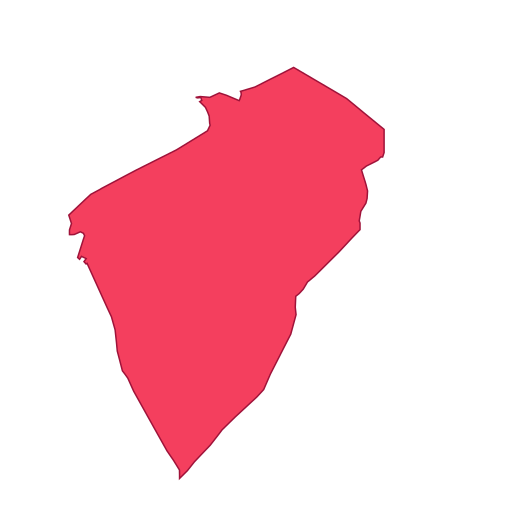 outline of Putu, Grand Gedeh, Liberia, rotated 155°
{"feature_id": "62588387B18265546179194", "entity_name": "Putu", "entity_type": "district", "adm_level": 2, "iso_a3": "LBR", "parent_name": "Liberia", "parent_adm1": "Grand Gedeh", "projection": "orthographic", "projection_center": [-8.216, 5.686], "detail": "fine", "context": "isolated", "style": "filled", "palette": "rose", "viewbox_px": 512, "rotation_deg": 155, "n_neighbors": 0, "source": "geoboundaries", "source_scale": "gbopen_adm2", "svg_char_len": 1757}
<svg xmlns="http://www.w3.org/2000/svg" viewBox="0 0 512 512"><g transform="rotate(155 256 256)"><path d="M147.8,241.9L147.6,244.2L145.8,246.8L142.1,252.2L136.3,256.0L134.1,257.4L131.0,261.2L127.4,267.8L126.6,272.0L126.2,273.9L125.9,275.9L125.8,276.4L124.9,283.2L124.0,289.5L117.8,290.9L107.5,291.2L105.1,291.3L104.0,291.8L101.3,293.0L100.4,292.7L100.1,292.6L99.4,292.2L96.2,295.6L86.4,316.6L97.7,340.1L107.3,360.3L113.8,369.8L138.0,404.9L142.2,411.0L156.3,410.5L167.5,410.2L173.4,410.0L185.5,409.6L188.4,410.0L200.5,411.8L200.4,410.5L201.3,408.2L203.5,405.9L204.5,404.8L205.6,403.9L206.4,404.8L211.1,410.0L214.8,414.1L220.3,419.3L230.8,419.3L239.2,424.1L243.6,425.3L242.3,424.1L240.5,423.4L239.0,423.4L239.4,419.9L241.8,419.7L239.0,412.1L239.0,406.9L239.3,402.6L241.9,395.9L242.3,393.9L246.2,390.7L247.0,390.0L247.7,389.9L282.4,385.9L283.3,385.8L328.0,384.5L336.5,384.1L367.6,382.5L369.0,382.3L379.7,381.7L386.2,379.6L407.5,372.5L408.4,372.2L409.5,363.4L414.0,358.5L415.2,356.0L416.0,354.2L414.2,353.3L411.6,352.3L407.3,352.2L406.4,352.2L405.0,352.2L402.8,349.5L402.8,346.8L405.0,344.5L418.3,330.0L417.3,327.6L414.3,329.4L411.0,325.4L414.3,323.6L413.4,320.6L412.2,320.7L412.7,272.3L412.7,262.0L414.9,248.6L419.1,236.3L421.9,228.5L423.6,219.1L425.6,208.4L424.7,204.3L423.8,199.5L424.0,185.2L421.0,143.8L419.0,116.9L417.1,105.6L415.8,94.4L417.8,89.9L419.3,86.7L409.0,90.4L398.8,95.5L389.7,99.1L377.4,103.9L365.1,110.2L360.2,112.8L342.9,118.9L314.8,127.9L305.5,131.7L292.9,142.9L276.1,156.0L275.5,156.5L257.5,170.5L244.5,185.9L242.1,192.9L237.0,202.7L232.8,203.7L227.2,206.0L220.3,210.7L219.1,211.0L218.2,211.2L213.8,212.4L211.4,213.0L178.9,224.7L161.6,231.7L152.0,235.4L150.6,235.9L147.8,241.9Z" fill="#f43f5e" stroke="#9f1239" stroke-width="1.5"/></g></svg>